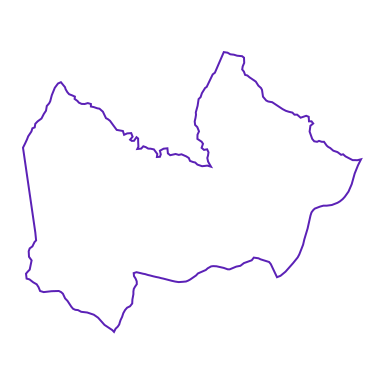 Paranaiguara, Goiás, Brazil
{"feature_id": "56859067B61489046930449", "entity_name": "Paranaiguara", "entity_type": "district", "adm_level": 2, "iso_a3": "BRA", "parent_name": "Brazil", "parent_adm1": "Goiás", "projection": "mercator", "projection_center": [-50.615, -18.805], "detail": "fine", "context": "isolated", "style": "outline", "palette": "violet", "viewbox_px": 384, "rotation_deg": 0, "n_neighbors": 0, "source": "geoboundaries", "source_scale": "gbopen_adm2", "svg_char_len": 3453}
<svg xmlns="http://www.w3.org/2000/svg" viewBox="0 0 384 384"><path d="M361.0,159.3L357.4,160.2L352.6,160.1L345.5,156.4L343.1,154.3L341.1,154.8L337.5,152.1L333.3,150.7L330.2,148.0L328.3,147.0L326.7,145.6L324.0,141.8L321.8,141.8L319.0,140.9L317.1,141.8L314.2,141.3L312.2,138.9L309.6,131.6L310.4,125.8L313.2,123.5L311.5,121.3L309.0,121.3L308.7,116.8L306.2,115.8L300.6,117.7L297.2,114.7L294.5,114.7L292.4,112.6L288.6,111.7L285.8,110.8L282.6,109.1L272.2,102.2L268.2,101.5L266.2,100.5L263.0,96.7L262.0,89.9L261.0,88.0L258.4,85.7L255.8,81.6L249.5,77.3L247.4,75.5L245.1,74.9L243.9,71.6L242.2,69.5L242.7,66.4L244.2,62.9L244.0,57.7L242.1,56.2L237.1,55.7L233.9,54.7L230.3,54.3L227.6,52.7L223.8,52.1L214.9,72.7L212.7,74.4L206.7,86.9L205.1,88.0L203.5,90.6L201.9,93.2L200.6,97.1L198.6,99.1L197.6,105.8L195.8,112.4L196.0,114.8L195.5,117.9L194.7,121.4L195.1,124.9L197.3,127.1L199.0,131.4L197.5,134.7L197.4,138.9L201.6,141.7L203.0,143.8L201.6,147.8L204.0,149.9L207.1,149.3L208.5,152.3L208.0,155.6L207.3,158.0L208.1,161.6L209.2,163.6L211.0,166.7L207.3,165.6L205.0,165.9L202.1,166.2L197.4,164.6L195.2,162.5L193.0,162.0L190.0,160.9L188.8,158.0L186.3,156.4L181.5,154.3L178.8,154.9L175.6,154.0L170.2,155.2L167.9,153.4L167.4,148.3L163.6,148.7L159.9,150.7L160.8,154.4L159.9,156.8L156.9,157.0L157.3,154.0L153.9,149.4L150.6,148.7L148.2,148.6L145.7,147.1L143.3,146.3L141.2,148.6L137.3,149.0L138.4,146.6L138.2,142.6L138.1,138.5L136.5,137.2L134.0,140.8L131.8,140.9L130.1,139.7L132.6,136.7L131.2,133.1L127.2,133.4L124.1,134.8L122.9,131.0L119.5,130.4L116.7,129.9L113.8,126.0L110.0,120.8L107.8,119.1L106.0,118.2L104.7,115.5L102.9,111.7L99.5,108.7L97.3,108.3L93.8,107.1L90.9,106.5L90.9,104.0L87.8,103.1L84.7,104.0L81.6,103.9L78.8,102.6L77.5,101.0L74.6,98.9L74.9,96.6L72.2,95.4L69.1,94.2L67.3,92.1L65.6,89.2L65.0,87.2L60.9,82.2L58.0,83.5L54.8,87.8L51.8,95.2L50.2,101.3L49.1,103.4L46.8,106.0L46.0,110.7L43.8,114.0L41.5,118.5L37.6,121.4L35.3,123.8L34.7,127.4L32.4,128.3L31.4,131.5L28.2,136.3L27.0,139.4L25.0,143.7L23.0,147.7L35.3,232.4L36.1,240.4L34.5,242.1L32.4,246.4L29.7,248.4L28.7,251.2L29.0,256.8L31.6,260.4L29.7,269.6L27.6,271.8L26.0,273.7L26.6,278.6L29.5,279.4L33.2,282.3L36.7,284.3L38.5,287.1L40.1,291.0L43.7,292.1L51.6,291.2L58.8,291.0L61.1,292.1L62.9,293.7L65.1,298.4L67.5,300.9L71.3,306.7L73.1,308.8L75.3,309.8L78.0,310.1L81.2,311.8L87.2,312.5L93.8,314.7L98.1,317.7L104.5,324.9L112.3,330.1L114.0,331.9L115.6,328.7L117.7,326.7L119.2,324.5L119.8,322.4L120.6,320.0L122.1,316.9L123.3,313.2L125.1,310.0L127.1,307.7L130.0,306.3L132.2,303.5L132.4,299.5L132.9,296.9L133.4,294.2L133.4,291.5L133.8,288.9L135.1,286.6L136.8,284.2L136.7,281.3L135.6,278.6L134.0,276.1L133.7,273.1L136.5,272.2L140.9,273.2L142.9,273.7L145.1,274.1L148.0,275.0L150.2,275.5L153.2,276.3L156.2,277.0L158.8,277.5L161.4,278.2L163.3,278.6L171.8,280.8L175.4,281.6L178.7,282.1L182.8,281.8L186.0,281.5L188.2,280.6L190.2,279.5L196.0,275.5L198.0,273.4L205.8,270.0L207.7,268.3L211.1,266.4L213.2,266.1L216.6,266.3L223.7,267.9L227.7,269.3L229.8,269.3L236.3,266.6L240.4,265.8L243.9,263.1L251.7,260.3L253.8,257.6L258.5,258.3L260.5,259.3L269.1,262.0L270.8,264.1L277.0,277.2L280.5,275.8L285.5,271.7L293.1,263.1L297.7,257.4L299.3,254.4L303.1,244.7L304.3,239.5L307.6,228.5L310.5,215.5L311.5,212.4L313.2,210.1L314.8,208.6L320.0,206.6L323.3,205.7L326.5,205.7L331.8,205.0L337.5,202.8L340.0,201.3L342.7,199.1L344.8,196.8L348.5,191.6L351.7,184.2L354.7,173.5L358.0,165.3L361.0,159.3Z" fill="none" stroke="#5b21b6" stroke-width="2"/></svg>